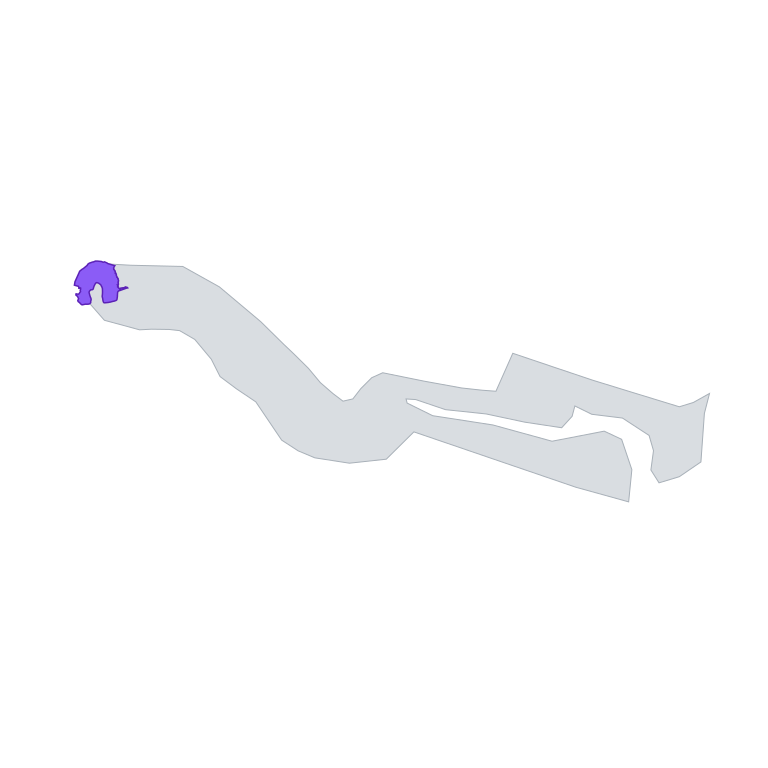 Kantora, Upper River, Gambia shown in context, rotated 198°
{"feature_id": "56634734B33233148834926", "entity_name": "Kantora", "entity_type": "district", "adm_level": 2, "iso_a3": "GMB", "parent_name": "Gambia", "parent_adm1": "Upper River", "projection": "robinson", "projection_center": [-13.936, 13.414], "detail": "fine", "context": "in_parent", "style": "filled", "palette": "violet", "viewbox_px": 768, "rotation_deg": 198, "n_neighbors": 0, "source": "geoboundaries", "source_scale": "gbopen_adm2", "svg_char_len": 4594}
<svg xmlns="http://www.w3.org/2000/svg" viewBox="0 0 768 768"><g transform="rotate(198 384 384)"><path d="M114.9,347.5L169.4,345.1L235.3,346.1L307.0,347.2L340.8,347.7L358.6,313.2L392.4,298.0L427.0,292.4L445.0,293.9L464.0,299.0L500.4,327.4L523.1,333.9L542.2,340.4L555.9,354.2L577.7,367.9L594.9,371.6L605.1,369.5L622.0,364.3L633.2,360.0L669.6,358.2L696.3,374.1L701.9,391.4L697.4,409.2L661.5,418.7L611.7,433.6L570.6,425.5L520.5,405.2L491.3,390.6L479.1,384.8L460.8,375.6L444.9,365.6L429.5,359.1L417.7,355.0L409.0,360.2L404.6,372.5L397.6,386.2L388.7,394.3L346.7,399.1L309.0,404.2L288.8,408.4L275.3,411.7L271.0,453.0L228.3,452.5L186.4,452.1L142.9,452.8L96.1,453.6L84.1,462.0L71.5,475.6L70.2,455.0L58.5,407.8L74.5,387.1L91.9,375.0L103.6,384.7L107.1,403.9L116.0,417.0L146.7,425.3L177.1,419.4L195.7,422.1L195.1,411.4L201.5,397.3L238.4,391.2L277.5,387.1L317.6,378.6L349.0,379.0L358.4,376.6L356.1,373.0L327.9,368.9L267.7,378.7L206.5,381.5L160.0,407.2L140.9,404.8L121.8,379.1L114.9,347.5Z" fill="#d9dde1" stroke="#a8b0b8" stroke-width="1"/><path d="M676.6,413.3L678.0,413.3L684.0,413.2L684.6,413.5L687.6,413.8L688.7,413.0L690.6,413.2L694.7,412.3L694.9,412.2L696.5,411.7L698.1,410.3L698.3,410.2L698.6,410.1L699.1,409.8L700.1,409.0L700.9,408.4L701.5,408.0L702.6,406.6L702.8,405.9L702.9,405.1L703.1,405.0L703.2,404.7L705.7,400.8L706.7,399.7L708.3,397.2L708.4,395.8L708.7,393.0L709.5,385.8L709.0,382.3L705.9,382.4L704.8,382.5L704.1,381.6L703.8,380.7L703.5,380.7L703.0,381.5L702.2,381.5L701.8,380.4L701.8,380.2L701.8,378.9L701.3,378.4L701.2,378.0L701.3,377.9L701.4,377.4L701.5,377.2L701.6,376.9L701.9,375.6L702.6,374.9L704.7,374.6L704.7,374.1L704.5,373.4L702.6,372.6L700.9,370.9L701.0,368.6L700.2,367.8L699.4,367.6L698.7,367.3L697.1,366.4L696.8,366.3L696.1,366.0L695.9,366.0L695.1,366.2L694.8,366.4L692.6,367.7L692.2,367.8L691.7,367.9L691.0,368.2L690.2,368.4L689.7,368.7L689.0,369.1L688.7,369.4L688.2,370.3L688.1,370.6L688.1,370.9L688.3,371.3L688.5,372.1L688.5,373.0L688.6,373.6L688.7,374.0L688.9,374.4L689.3,375.1L689.6,375.4L690.1,375.9L690.3,376.2L690.8,376.9L691.1,377.2L691.5,377.9L692.2,379.0L692.7,379.7L692.9,380.5L692.7,381.6L692.5,382.0L692.4,382.2L691.9,383.0L691.5,383.1L691.1,383.3L690.6,383.5L690.2,383.9L690.0,384.3L689.9,384.7L690.0,385.8L690.0,386.7L690.0,387.4L689.7,389.5L689.6,390.0L689.2,391.0L688.9,391.5L688.5,391.6L688.1,391.7L687.8,391.7L687.5,391.7L687.3,391.7L686.9,391.7L686.5,391.7L685.2,391.2L684.7,391.1L684.1,390.8L683.8,390.6L683.5,390.3L683.2,389.9L682.5,389.3L682.3,389.1L681.7,388.3L681.5,388.1L681.2,387.5L680.8,386.4L680.2,384.7L679.8,383.4L679.4,381.7L679.2,380.5L678.9,379.8L678.1,378.6L677.1,376.6L677.0,376.4L676.6,375.8L676.3,375.4L675.9,375.0L675.6,374.8L675.2,374.8L674.7,374.9L671.3,376.4L670.1,377.1L669.6,377.3L669.2,377.6L668.9,377.8L667.2,378.9L666.4,379.3L666.0,379.6L665.7,379.8L665.1,380.3L664.6,380.7L664.4,381.0L664.2,381.3L664.1,381.7L664.2,382.3L664.2,382.7L664.4,383.4L664.4,383.8L664.5,384.2L664.6,384.9L664.7,385.2L664.9,385.7L664.9,385.9L665.0,386.0L665.0,386.3L665.1,386.5L665.6,388.6L665.7,389.0L665.6,389.5L665.5,389.8L665.2,390.5L664.8,390.8L664.3,391.1L658.5,395.6L657.4,396.2L657.5,396.3L657.9,396.5L658.0,396.4L658.3,396.3L658.6,396.4L659.1,396.5L659.8,396.5L660.0,396.3L660.0,396.0L660.0,395.8L660.3,395.4L660.5,395.5L660.6,395.2L660.9,395.3L661.3,394.8L661.4,395.0L661.5,395.0L662.0,394.9L662.3,394.7L662.5,394.5L662.7,394.2L663.0,394.1L663.4,394.2L663.9,393.9L664.0,393.8L664.2,393.5L664.2,393.2L664.4,393.3L664.6,392.9L664.7,393.2L665.0,393.1L665.5,393.0L666.0,393.2L666.0,393.3L666.3,393.7L666.4,393.8L666.5,393.9L666.6,394.1L667.0,394.0L667.0,394.3L667.4,394.3L667.4,394.5L667.5,394.8L667.4,394.9L667.4,395.0L667.6,395.1L667.6,395.3L667.8,395.5L667.3,395.5L667.4,396.4L667.4,396.5L667.5,396.5L667.8,396.6L667.8,397.2L667.7,397.4L667.7,397.7L667.8,397.9L667.9,398.0L668.2,398.1L668.2,398.6L668.3,398.7L668.3,399.0L668.5,399.4L668.5,399.7L668.3,400.0L668.5,400.2L668.6,400.6L669.1,401.3L669.4,401.7L669.4,401.8L669.5,401.8L669.6,401.7L669.7,401.8L669.7,402.1L669.8,402.1L669.9,402.3L670.0,402.4L670.2,402.6L670.4,402.9L670.6,403.0L671.0,403.0L671.0,403.4L671.2,403.5L671.4,403.7L671.8,404.1L672.0,404.3L672.1,404.8L672.4,405.0L672.4,405.4L672.7,405.6L672.8,405.9L673.0,406.3L673.5,406.3L673.4,406.5L673.7,406.9L674.0,407.0L674.3,407.8L674.6,408.0L674.8,408.5L675.1,408.5L675.5,409.0L676.0,409.4L676.2,409.5L676.4,409.4L676.5,409.5L676.7,410.0L676.8,410.3L676.7,410.4L676.8,410.6L677.0,410.8L676.9,411.0L676.9,411.6L676.9,412.0L676.9,412.6L676.7,412.9L676.7,413.1L676.6,413.3Z" fill="#8b5cf6" stroke="#5b21b6" stroke-width="1.5"/></g></svg>